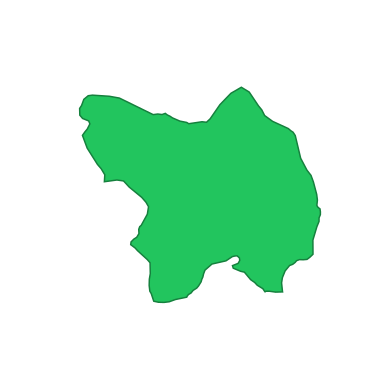 map outline of Chaouia - Ouardigha (Albers equal-area conic projection), rotated 202°
{"feature_id": "MAR-1449", "entity_name": "Chaouia - Ouardigha", "entity_type": "Region", "adm_level": 1, "iso_a3": "MAR", "parent_name": "Morocco", "parent_adm1": "", "projection": "albers", "projection_center": [-7.234, 33.091], "detail": "fine", "context": "isolated", "style": "filled", "palette": "green", "viewbox_px": 384, "rotation_deg": 202, "n_neighbors": 0, "source": "natural_earth", "source_scale": "10m", "svg_char_len": 1765}
<svg xmlns="http://www.w3.org/2000/svg" viewBox="0 0 384 384"><g transform="rotate(202 192 192)"><path d="M157.5,92.5L167.1,86.1L172.0,81.7L176.7,79.1L181.9,77.2L186.5,76.4L186.8,76.7L191.7,82.5L194.0,84.3L196.7,89.3L198.9,95.2L200.1,100.7L204.4,110.7L208.1,112.6L220.5,117.2L223.8,118.8L229.1,120.2L229.8,122.9L228.3,126.5L226.3,129.3L225.6,133.6L227.4,137.4L227.5,140.3L226.6,142.0L225.1,154.7L226.8,162.1L230.9,165.3L236.6,168.2L252.0,173.0L259.6,176.6L266.1,175.0L277.1,168.7L279.3,175.3L285.0,179.6L289.9,182.1L305.6,193.4L314.8,203.5L313.7,208.0L312.7,211.0L312.2,216.9L314.4,219.2L321.0,219.2L324.8,221.2L327.5,227.4L326.8,230.8L327.0,237.4L324.3,242.4L320.6,244.5L304.5,249.8L294.5,251.9L257.0,249.2L252.9,251.5L248.8,252.6L246.2,254.9L243.8,254.2L240.6,254.0L237.9,253.4L229.8,253.2L223.0,254.5L220.6,254.1L209.0,260.9L204.7,262.1L202.6,266.6L198.8,283.5L192.9,298.1L185.5,307.6L176.4,306.1L162.7,296.8L158.1,294.3L153.3,290.1L143.7,287.7L126.5,286.9L123.2,285.8L120.7,285.3L117.4,283.0L103.9,264.0L93.6,255.3L87.9,252.0L83.2,246.8L75.5,236.5L72.7,231.5L71.2,226.3L69.5,225.0L67.0,224.3L65.5,221.7L64.5,219.1L64.5,215.6L63.2,212.3L63.2,206.5L61.9,192.7L56.5,179.6L58.2,175.8L60.1,172.6L63.6,170.8L67.0,169.6L69.3,167.5L70.0,165.3L71.5,162.7L74.0,160.4L76.1,153.7L76.1,146.5L74.9,141.3L70.8,133.6L70.6,133.3L77.0,130.5L83.0,129.0L86.2,127.7L86.9,126.8L87.0,126.8L90.1,128.9L96.6,130.0L100.0,131.6L104.8,132.7L113.4,137.3L117.2,136.7L125.2,136.8L126.9,138.9L122.5,143.1L122.1,146.5L123.4,148.7L126.3,149.7L128.3,148.7L130.4,147.2L134.7,140.9L146.5,132.7L150.7,124.4L150.6,120.4L150.1,117.3L150.2,114.7L149.9,112.2L150.7,107.5L151.6,104.7L154.1,101.2L155.1,97.9L156.9,95.6L157.6,92.9L157.5,92.5Z" fill="#22c55e" stroke="#15803d" stroke-width="1.5"/></g></svg>